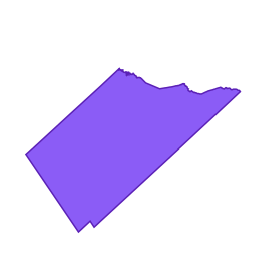 outline of General Taboada, Santiago del Estero, Argentina, rotated 137°
{"feature_id": "61730980B28367878314015", "entity_name": "General Taboada", "entity_type": "district", "adm_level": 2, "iso_a3": "ARG", "parent_name": "Argentina", "parent_adm1": "Santiago del Estero", "projection": "orthographic", "projection_center": [-62.691, -28.591], "detail": "fine", "context": "isolated", "style": "filled", "palette": "violet", "viewbox_px": 256, "rotation_deg": 137, "n_neighbors": 0, "source": "geoboundaries", "source_scale": "gbopen_adm2", "svg_char_len": 4510}
<svg xmlns="http://www.w3.org/2000/svg" viewBox="0 0 256 256"><g transform="rotate(137 128 128)"><path d="M235.2,85.7L219.3,85.7L220.5,78.6L211.8,78.6L105.6,78.1L105.6,78.6L54.7,78.5L54.4,77.8L21.0,77.9L21.0,78.5L20.8,78.7L20.8,79.4L20.9,79.6L21.1,79.8L21.5,80.3L21.8,80.7L21.9,81.0L21.9,81.7L22.1,82.2L22.2,82.3L22.3,82.4L22.6,82.9L23.0,83.1L23.2,83.3L23.5,83.5L23.7,83.9L23.9,84.1L24.1,84.3L24.3,84.3L24.8,84.6L25.8,85.0L26.0,85.3L26.3,85.9L26.3,86.2L26.3,86.6L26.2,86.9L26.2,87.2L26.3,87.4L26.4,87.7L26.7,88.1L27.3,88.4L27.7,88.7L28.1,88.9L28.5,89.2L28.6,89.4L28.6,89.7L28.4,89.9L28.5,90.3L28.8,90.7L29.2,90.8L29.8,90.8L30.0,90.8L30.9,90.8L31.0,90.9L31.1,91.1L31.3,91.7L31.5,91.9L31.7,92.1L31.7,92.4L31.7,92.7L31.8,92.8L32.0,93.0L31.9,93.3L32.1,93.7L32.1,94.0L32.2,94.3L32.3,94.5L33.4,95.0L33.6,95.1L33.8,95.2L34.0,95.3L34.5,95.6L34.9,95.8L35.2,95.9L35.5,96.1L35.8,96.2L36.1,96.4L36.5,96.6L36.8,96.8L37.6,97.1L37.9,97.3L38.5,97.5L38.9,97.9L39.4,98.1L39.9,98.3L40.4,98.5L40.9,98.8L41.3,99.1L41.9,99.3L42.3,99.6L42.6,99.7L43.0,99.9L43.5,100.2L44.0,100.4L44.5,100.7L45.0,100.9L45.4,100.9L45.7,100.9L46.4,101.3L46.9,101.5L47.5,101.7L48.2,101.9L48.7,102.1L49.5,102.3L51.4,103.0L51.6,103.3L51.8,103.5L52.0,103.8L52.4,104.0L52.5,104.2L52.6,104.5L52.8,105.0L53.4,105.5L53.8,105.9L54.0,106.2L54.0,106.7L54.1,107.0L54.5,107.4L54.6,107.8L54.9,108.0L55.0,108.6L55.2,108.8L55.6,109.0L55.5,109.3L55.8,109.5L55.9,109.8L56.0,110.1L56.1,110.4L56.0,110.7L56.1,110.9L56.1,111.1L56.3,111.3L56.4,111.5L56.3,112.0L56.6,112.1L56.9,112.2L57.1,112.2L57.3,112.2L57.5,112.1L57.8,112.2L57.9,112.3L58.0,112.4L58.1,112.5L58.2,112.9L58.0,113.1L58.0,113.3L58.1,113.5L58.3,113.8L58.4,114.1L58.5,114.5L58.3,114.7L58.2,114.9L58.1,115.0L57.9,115.3L57.7,115.5L57.6,115.4L57.3,115.5L57.5,115.8L57.5,116.0L57.5,116.3L57.6,116.5L57.4,116.8L57.3,117.0L57.1,117.3L57.1,117.5L56.9,117.7L56.8,118.0L57.0,118.3L57.0,118.5L56.9,118.6L56.9,118.8L57.0,119.1L57.5,119.4L57.5,119.5L57.5,119.9L57.3,120.1L57.4,120.3L57.3,120.5L57.3,120.9L57.3,121.2L57.2,121.3L57.0,121.5L56.8,121.6L56.7,121.7L56.7,122.0L56.9,122.2L57.0,122.2L57.0,122.4L57.2,122.6L57.5,122.6L57.6,122.8L57.6,123.0L57.8,123.1L58.1,123.3L58.8,123.4L59.2,123.3L59.4,123.4L59.5,123.6L59.7,123.8L60.1,123.8L60.3,124.0L60.7,124.1L61.0,124.3L61.3,124.3L61.5,124.4L61.6,124.5L61.8,124.5L62.0,124.6L62.5,124.9L62.7,125.0L62.8,125.1L62.9,125.3L63.1,125.3L63.3,125.5L63.8,125.8L64.0,126.0L64.5,126.4L65.5,126.9L68.1,128.4L69.9,129.7L70.9,130.3L72.9,131.6L73.7,132.2L78.2,135.2L84.4,149.1L84.5,154.5L84.5,155.1L84.6,155.5L84.7,156.0L84.7,156.3L85.0,156.6L85.4,157.1L85.3,157.4L85.7,157.7L85.8,157.8L86.6,158.1L86.7,158.3L86.7,158.5L87.1,158.5L87.3,158.7L87.1,158.9L87.0,159.0L87.3,159.4L87.3,159.6L87.2,159.7L87.1,159.8L86.9,160.1L86.7,160.3L86.7,160.5L86.7,160.9L87.0,161.2L87.0,161.5L87.2,161.9L87.3,162.1L87.2,162.3L87.0,162.5L87.0,163.0L87.0,163.3L87.0,163.5L87.3,163.8L87.1,164.1L87.0,164.4L87.0,164.5L87.4,164.4L87.6,164.4L87.8,164.5L88.1,164.5L88.3,164.5L88.7,164.5L88.8,164.6L88.8,164.9L88.7,165.0L88.8,165.2L89.1,165.3L89.4,165.4L89.6,165.5L89.8,165.6L89.9,166.0L89.3,166.4L89.2,166.5L89.3,166.6L89.8,166.9L89.8,167.0L90.1,167.3L90.6,167.3L91.1,167.4L91.1,167.6L90.9,167.8L90.7,167.8L90.2,167.9L90.1,168.0L89.8,168.2L89.7,168.2L89.4,168.2L89.4,168.4L89.5,168.5L90.4,168.4L90.9,168.3L91.4,168.2L91.6,168.2L91.9,168.1L92.1,168.0L92.1,167.6L92.0,167.2L92.1,167.3L92.3,167.5L92.6,167.4L92.8,167.3L93.1,167.4L93.3,167.4L93.3,167.5L93.2,167.8L92.9,167.8L92.7,168.0L92.4,168.3L92.4,168.5L92.2,168.5L92.3,168.7L92.3,168.8L92.1,168.9L91.7,168.8L91.4,168.8L91.2,168.7L90.9,168.8L90.7,168.9L90.7,169.0L90.5,169.3L90.6,169.5L90.9,169.9L90.9,170.0L91.1,170.2L91.4,170.2L91.6,170.2L91.8,170.1L92.0,170.2L92.0,170.4L91.9,170.5L91.8,170.8L92.1,170.9L92.3,170.9L92.7,171.1L92.9,171.3L93.0,171.4L93.1,171.6L93.1,171.8L93.1,172.0L93.1,172.3L93.1,172.5L93.3,172.6L93.4,172.9L93.3,173.0L93.3,173.3L93.5,173.5L93.4,173.8L93.3,174.1L93.2,174.1L93.0,173.9L92.7,173.7L92.4,173.7L92.2,173.8L92.1,174.0L92.3,174.2L92.5,174.3L92.9,174.5L93.4,174.6L93.5,174.5L93.5,174.3L93.6,174.2L93.8,174.2L93.9,174.4L93.9,174.5L93.8,174.9L93.8,175.0L93.5,175.0L93.4,175.1L93.4,175.3L93.5,175.4L93.7,175.5L94.0,175.6L94.0,175.8L93.9,176.0L94.0,176.3L94.2,176.5L94.1,176.8L93.9,177.2L94.0,177.2L94.1,177.3L94.2,177.1L94.3,177.0L94.5,177.1L94.8,177.1L95.0,176.9L95.1,176.6L95.4,176.7L95.6,176.9L95.8,177.1L95.8,177.3L95.5,177.5L120.4,177.4L160.6,177.8L220.8,178.2L235.2,85.7Z" fill="#8b5cf6" stroke="#5b21b6" stroke-width="1.5"/></g></svg>